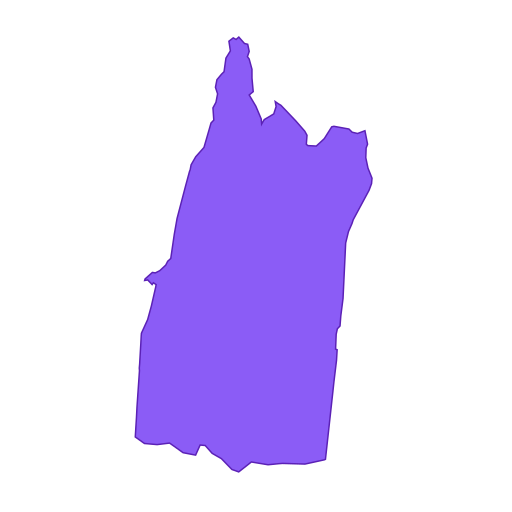 the district of Vega Baja, Puerto Rico, rotated 185°
{"feature_id": "32010507B42725289573863", "entity_name": "Vega Baja", "entity_type": "district", "adm_level": 2, "iso_a3": "PRI", "parent_name": "Puerto Rico", "parent_adm1": "", "projection": "equal_earth", "projection_center": [-66.393, 18.418], "detail": "fine", "context": "isolated", "style": "filled", "palette": "violet", "viewbox_px": 512, "rotation_deg": 185, "n_neighbors": 0, "source": "geoboundaries", "source_scale": "gbopen_adm2", "svg_char_len": 1743}
<svg xmlns="http://www.w3.org/2000/svg" viewBox="0 0 512 512"><g transform="rotate(185 256 256)"><path d="M360.5,65.2L350.8,59.5L338.1,59.5L325.8,62.1L322.5,60.2L311.5,53.7L301.0,52.6L298.8,52.4L297.7,55.6L295.2,62.8L294.7,62.8L290.1,62.8L282.5,55.6L276.5,52.8L276.2,52.7L272.8,51.1L270.7,49.3L261.5,41.3L260.9,41.1L258.5,40.5L255.5,39.7L254.4,39.4L243.1,50.0L242.7,50.4L227.2,49.2L225.8,49.1L215.2,51.1L211.5,51.7L192.6,52.8L189.1,53.0L180.7,55.6L170.2,58.9L169.1,59.5L167.6,127.2L167.4,137.5L166.7,159.2L167.0,169.7L168.6,170.2L169.3,185.1L168.6,190.6L166.2,193.6L166.3,203.7L165.6,221.2L167.8,276.8L166.0,288.4L163.2,296.7L162.3,300.6L149.1,331.3L147.2,338.2L147.2,343.6L152.1,353.3L155.2,363.5L155.7,373.2L154.6,377.1L158.4,390.3L165.5,386.9L171.0,387.7L174.5,390.6L189.7,392.0L191.8,391.3L198.2,378.9L200.5,376.3L205.5,370.8L214.0,370.5L215.6,371.7L215.7,380.7L218.3,384.6L228.3,394.2L244.3,408.3L247.0,409.6L250.3,411.5L249.0,406.6L250.7,399.1L259.7,392.6L261.9,387.9L262.7,392.9L269.2,405.2L276.8,415.8L273.1,419.5L275.5,432.8L276.3,441.7L280.0,451.7L281.9,453.8L280.6,459.2L282.7,466.2L286.0,466.7L292.2,472.6L294.7,470.0L297.7,471.3L301.7,467.6L299.4,458.1L303.2,450.5L303.9,436.8L306.2,434.1L310.3,428.2L311.1,420.5L308.4,414.2L309.3,405.6L311.8,399.8L309.9,387.7L312.4,384.6L313.8,377.3L317.3,359.6L324.7,349.6L328.6,341.2L329.1,336.1L329.6,334.5L332.2,320.0L337.9,286.6L339.3,270.5L340.7,246.1L343.5,243.1L345.1,239.1L350.6,233.0L354.8,230.4L357.8,230.6L364.5,223.5L364.8,221.9L361.8,222.7L357.0,218.5L355.9,220.4L353.0,218.8L353.2,216.4L355.9,196.9L358.4,183.2L363.4,169.1L363.4,166.8L363.1,158.4L362.5,138.2L362.5,134.1L362.1,131.6L361.4,95.4L361.0,84.5L360.5,65.2Z" fill="#8b5cf6" stroke="#5b21b6" stroke-width="1.5"/></g></svg>